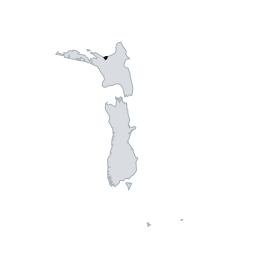 Tauranga City, Bay of Plenty, New Zealand (highlighted), rotated 315°
{"feature_id": "76426892B41625514987736", "entity_name": "Tauranga City", "entity_type": "district", "adm_level": 2, "iso_a3": "NZL", "parent_name": "New Zealand", "parent_adm1": "Bay of Plenty", "projection": "natural_earth1", "projection_center": [176.198, -37.698], "detail": "fine", "context": "in_parent", "style": "filled", "palette": "ink", "viewbox_px": 256, "rotation_deg": 315, "n_neighbors": 0, "source": "geoboundaries", "source_scale": "gbopen_adm2", "svg_char_len": 4553}
<svg xmlns="http://www.w3.org/2000/svg" viewBox="0 0 256 256"><g transform="rotate(315 128 128)"><path d="M133.8,103.8L134.8,103.8L139.4,100.4L141.4,99.7L141.9,99.6L140.8,100.7L141.1,101.4L140.0,103.7L140.9,103.3L141.5,101.7L142.1,101.4L141.8,100.5L144.6,100.8L143.7,102.4L142.2,103.4L143.1,103.4L145.3,101.8L145.2,102.7L142.5,105.5L143.4,107.0L142.7,108.3L143.5,108.1L144.5,109.1L143.9,110.4L140.9,113.6L140.5,115.2L137.9,118.0L135.0,123.3L129.6,126.7L130.6,127.6L128.7,128.9L130.2,128.7L131.3,130.7L133.7,131.3L133.9,133.2L132.4,133.8L130.8,132.9L128.6,133.2L129.3,132.4L128.4,131.9L126.7,133.5L124.3,131.6L125.7,133.8L121.0,136.4L119.0,136.6L118.4,137.9L117.2,138.0L117.9,138.5L116.5,145.4L115.2,145.4L116.4,146.2L116.3,146.9L114.8,148.9L112.7,154.2L113.5,155.5L113.5,156.4L109.5,157.7L103.9,164.1L98.7,165.0L95.7,164.3L92.3,164.7L91.7,162.9L90.5,161.9L87.4,162.0L85.9,160.0L84.6,159.5L83.1,160.6L78.3,160.4L77.4,160.1L77.2,159.3L78.9,157.3L77.3,158.4L76.6,158.3L77.2,157.4L77.1,156.6L75.1,157.4L75.2,155.7L79.6,154.6L77.8,154.4L77.7,153.8L79.4,152.5L77.1,152.6L77.4,151.1L78.7,151.1L78.2,150.0L80.8,151.1L80.4,150.1L81.4,149.7L79.6,149.0L79.5,147.8L80.4,147.0L81.6,147.4L80.8,146.4L82.9,144.5L83.4,146.0L83.5,143.8L86.2,141.8L87.3,142.6L86.8,140.7L91.2,136.0L93.8,134.7L95.2,134.9L97.5,133.5L98.5,134.0L98.1,133.0L98.4,132.5L104.3,129.7L104.3,128.8L105.0,128.7L104.5,128.4L107.9,125.4L109.3,125.7L108.5,124.8L109.9,124.0L111.3,124.6L110.4,123.7L111.7,123.1L112.4,123.9L112.4,122.7L114.4,120.3L114.9,122.2L115.1,122.0L115.0,120.1L116.4,117.8L117.5,117.4L116.9,116.7L119.0,109.7L121.2,108.9L123.1,106.8L124.4,102.9L124.8,100.0L126.0,97.8L129.3,95.0L132.1,95.0L130.2,95.3L129.9,96.7L130.5,98.0L132.6,98.8L133.8,103.8ZM131.6,25.7L134.6,30.9L136.1,29.3L136.4,30.5L139.3,31.9L139.9,31.4L142.3,32.8L142.7,34.6L144.4,34.0L146.5,37.9L146.2,38.9L146.9,40.2L145.1,40.4L149.0,46.3L148.5,48.4L149.1,49.8L148.2,52.5L149.8,53.3L150.4,52.6L153.6,54.3L154.4,56.7L155.9,56.7L155.4,50.7L154.4,49.2L155.1,48.2L157.2,51.4L158.0,51.3L159.0,53.8L160.1,59.4L161.4,61.1L160.7,60.8L160.5,61.3L161.2,61.8L167.3,64.6L172.0,65.8L174.7,64.7L176.3,62.5L178.9,60.8L181.3,60.9L183.8,62.3L182.4,65.5L181.2,72.3L178.5,74.3L177.9,77.7L178.4,79.1L177.8,80.3L176.7,78.8L174.3,78.3L170.1,80.1L169.0,81.7L168.9,83.9L170.4,85.3L168.0,90.9L166.5,92.4L160.0,103.0L153.9,107.6L153.1,107.2L152.6,105.4L150.0,105.5L150.1,103.4L149.8,103.1L148.8,104.3L147.7,103.9L152.5,96.2L153.3,92.4L152.4,90.4L151.1,88.5L147.0,86.9L145.0,84.9L141.1,83.4L140.0,82.4L139.5,81.2L140.2,79.1L142.3,77.8L145.4,77.1L147.2,75.0L148.3,68.5L149.4,66.2L149.0,64.7L150.2,63.7L148.3,59.5L148.7,58.3L148.1,58.1L147.0,55.5L147.7,55.4L148.4,56.8L149.0,55.6L150.2,55.3L148.8,53.7L147.1,54.2L145.9,53.7L145.1,51.2L143.2,48.4L143.8,48.4L145.2,49.7L145.7,48.7L144.8,47.1L145.1,45.5L144.0,44.6L143.8,45.6L141.8,44.1L140.6,41.7L140.7,42.9L143.0,46.5L142.4,47.3L142.0,46.9L135.9,37.4L137.9,34.8L136.6,35.3L135.5,36.9L134.9,36.3L134.6,35.1L133.1,33.5L133.7,32.6L133.7,31.3L129.1,24.8L132.3,24.5L131.6,25.7ZM88.5,165.7L90.3,168.1L89.3,167.9L89.4,168.4L91.2,168.9L91.2,170.0L84.9,172.1L87.2,168.1L87.0,165.8L88.5,165.7ZM74.7,210.9L75.3,212.4L73.3,211.6L72.2,212.0L73.8,210.5L73.9,209.0L75.4,209.2L74.7,210.9ZM155.6,44.8L156.0,46.6L154.0,45.3L154.0,44.3L154.4,43.6L155.6,44.8ZM141.1,99.0L139.8,99.7L140.1,98.2L141.5,97.3L141.1,99.0ZM77.3,153.9L77.1,154.8L75.4,154.4L76.7,153.4L77.3,153.9ZM101.5,230.7L102.0,231.3L101.1,231.5L100.2,230.7L101.5,230.7ZM79.1,148.5L79.6,149.9L78.4,149.2L79.1,148.5Z" fill="#d9dde1" stroke="#a8b0b8" stroke-width="1"/><path d="M164.0,63.0L163.8,62.9L163.4,62.6L163.1,62.5L162.9,62.4L162.7,62.3L162.5,62.2L162.3,62.1L162.1,61.9L162.0,61.7L161.9,61.7L161.7,61.6L161.8,61.7L161.9,61.8L161.9,62.0L162.0,62.2L162.1,62.3L161.9,62.3L161.9,62.5L162.0,62.5L162.1,62.4L162.3,62.4L162.4,62.5L162.2,62.6L161.9,62.7L162.0,62.6L161.9,62.6L161.7,62.7L161.7,62.4L161.8,62.3L161.8,62.2L161.7,62.0L161.4,62.0L161.2,62.1L161.3,62.1L161.2,62.2L161.1,62.3L161.1,62.2L161.1,62.3L161.1,62.5L161.1,62.8L160.9,62.9L160.9,63.0L161.1,63.2L161.1,63.3L161.1,63.2L161.2,63.3L161.3,63.3L161.3,63.2L161.2,63.2L161.3,63.1L161.5,63.1L161.8,63.1L162.0,63.0L162.0,62.9L162.0,63.0L162.1,62.9L162.1,62.7L162.3,62.7L162.5,62.7L162.8,62.7L163.0,62.6L163.2,62.8L163.3,62.8L163.5,62.9L163.5,63.0L163.9,63.0L164.0,63.0L164.0,63.0ZM161.6,62.4L161.5,62.2L161.7,62.3L161.6,62.4ZM161.7,62.7L161.7,62.8L161.6,62.7L161.6,62.8L161.5,62.7L161.7,62.7ZM161.7,62.6L161.8,62.6L161.7,62.6L161.7,62.6Z" fill="#0f172a" stroke="#020617" stroke-width="1.5"/></g></svg>